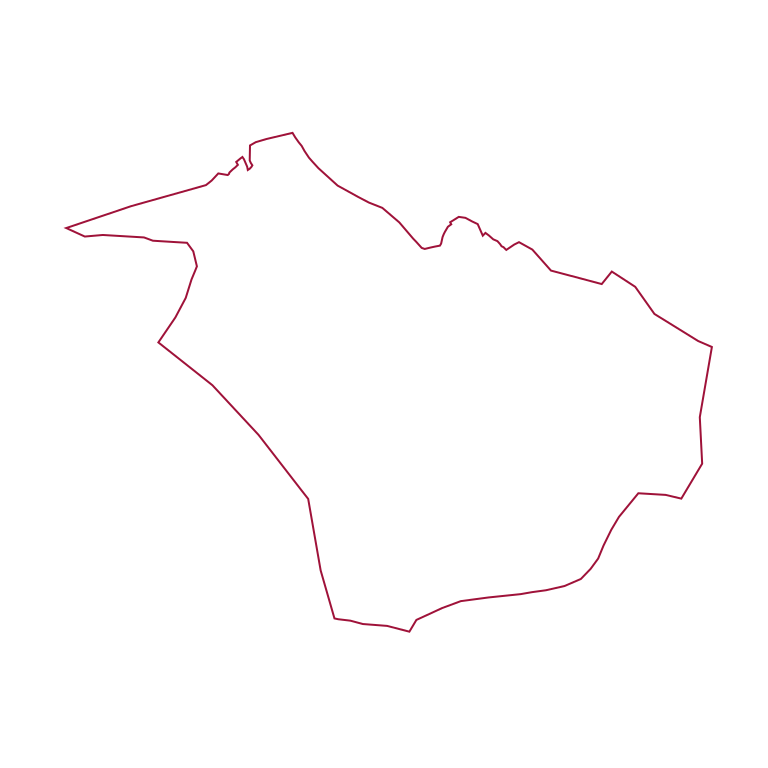 Okene, Kogi, Nigeria (Natural Earth projection), rotated 3°
{"feature_id": "59680162B23991224305955", "entity_name": "Okene", "entity_type": "district", "adm_level": 2, "iso_a3": "NGA", "parent_name": "Nigeria", "parent_adm1": "Kogi", "projection": "natural_earth1", "projection_center": [6.212, 7.522], "detail": "fine", "context": "isolated", "style": "outline", "palette": "rose", "viewbox_px": 768, "rotation_deg": 3, "n_neighbors": 0, "source": "geoboundaries", "source_scale": "gbopen_adm2", "svg_char_len": 1648}
<svg xmlns="http://www.w3.org/2000/svg" viewBox="0 0 768 768"><g transform="rotate(3 384 384)"><path d="M279.5,138.0L253.8,145.5L243.3,149.2L237.7,152.8L238.2,167.8L239.4,170.2L241.1,172.5L240.2,174.2L238.6,176.1L236.8,177.4L236.0,174.2L232.4,166.9L230.7,164.7L228.9,166.2L224.8,170.0L226.6,172.8L224.2,175.4L221.7,177.6L218.5,181.0L218.3,182.2L217.0,183.5L207.5,182.4L201.3,189.8L195.8,194.7L122.0,219.7L58.5,244.9L77.5,252.4L95.4,249.9L95.7,249.9L109.3,250.0L123.0,250.1L136.7,250.2L145.7,253.0L166.2,253.2L179.9,253.3L186.6,261.5L191.0,276.3L189.4,281.0L186.3,289.7L181.5,308.4L172.2,328.4L156.5,354.3L212.7,394.2L261.4,441.4L292.6,477.6L306.9,494.2L314.3,502.7L330.5,573.5L346.8,620.7L350.6,621.3L362.8,622.1L375.4,624.8L399.7,625.4L422.3,630.0L428.7,617.9L453.8,604.7L472.1,596.8L499.5,591.7L531.4,586.7L542.8,584.1L556.5,581.5L574.8,576.3L590.8,568.4L600.0,557.8L607.0,547.1L611.7,533.8L618.6,517.7L625.6,504.4L643.7,479.8L671.0,480.0L686.9,482.9L705.9,446.9L701.1,400.6L709.5,329.9L695.4,324.6L650.4,299.9L629.8,273.8L605.6,259.8L596.2,272.8L544.8,262.0L525.1,242.0L511.4,235.3L506.8,237.9L499.1,243.7L497.7,242.5L496.2,241.1L494.2,240.3L492.6,238.2L489.8,235.4L485.5,233.8L481.0,230.2L477.4,227.8L474.9,230.7L469.2,219.4L463.6,217.1L456.6,213.8L449.9,213.2L441.6,219.0L442.8,221.0L439.6,223.6L436.8,229.0L435.8,231.3L434.8,234.2L433.7,240.8L432.6,242.9L427.7,244.1L423.3,245.3L417.6,247.0L414.5,246.1L408.6,240.2L405.6,237.4L390.8,221.8L373.1,208.2L359.4,203.6L348.3,198.5L327.3,188.3L307.2,171.9L300.9,165.7L297.2,161.9L292.5,155.6L289.3,150.5L286.2,147.1L282.4,142.3L279.5,138.0Z" fill="none" stroke="#9f1239" stroke-width="2"/></g></svg>